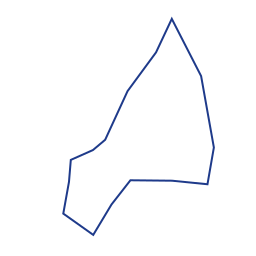 the border of Saint Patrick, rotated 166°
{"feature_id": "VCT-5068", "entity_name": "Saint Patrick", "entity_type": "Parish", "adm_level": 1, "iso_a3": "VCT", "parent_name": "Saint Vincent and the Grenadines", "parent_adm1": "", "projection": "natural_earth1", "projection_center": [-61.236, 13.231], "detail": "fine", "context": "isolated", "style": "outline", "palette": "blue", "viewbox_px": 256, "rotation_deg": 166, "n_neighbors": 0, "source": "natural_earth", "source_scale": "10m", "svg_char_len": 343}
<svg xmlns="http://www.w3.org/2000/svg" viewBox="0 0 256 256"><g transform="rotate(166 128 128)"><path d="M59.1,223.3L44.5,160.7L49.4,88.3L64.5,54.2L98.0,66.2L138.3,76.7L162.5,57.8L187.6,32.7L211.5,60.6L198.3,90.0L191.2,110.9L167.3,115.1L153.0,122.1L119.5,163.9L82.5,194.6L59.1,223.3Z" fill="none" stroke="#1e3a8a" stroke-width="2"/></g></svg>